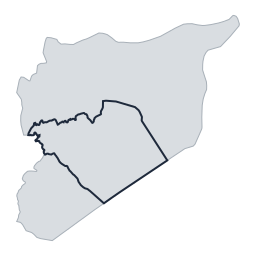 where Homs (Hims) sits in Syria
{"feature_id": "SYR-139", "entity_name": "Homs (Hims)", "entity_type": "Province", "adm_level": 1, "iso_a3": "SYR", "parent_name": "Syria", "parent_adm1": "", "projection": "equal_earth", "projection_center": [37.187, 34.261], "detail": "fine", "context": "in_parent", "style": "outline", "palette": "slate", "viewbox_px": 256, "rotation_deg": 0, "n_neighbors": 0, "source": "natural_earth", "source_scale": "10m", "svg_char_len": 6518}
<svg xmlns="http://www.w3.org/2000/svg" viewBox="0 0 256 256"><path d="M21.1,77.0L23.7,77.3L29.1,80.9L30.0,80.8L31.6,76.1L33.2,74.5L36.6,73.1L37.5,65.6L39.1,64.2L41.0,63.4L43.9,63.3L46.4,62.8L46.6,61.5L43.1,52.8L43.4,50.6L45.1,41.9L46.2,38.5L47.2,37.4L51.2,37.8L56.8,39.4L58.2,41.9L61.0,44.1L65.0,43.9L69.8,44.4L73.5,44.5L76.4,42.9L83.0,40.0L86.3,39.0L89.3,37.7L98.9,33.0L102.8,33.3L105.4,34.0L107.4,34.7L112.0,38.0L115.8,41.3L118.4,42.3L123.1,42.2L129.9,42.8L138.3,42.8L143.2,41.9L149.4,40.2L160.5,36.3L175.1,28.2L183.6,24.2L187.3,23.8L192.1,23.7L197.0,24.8L202.5,25.5L205.0,25.4L210.9,24.6L218.5,23.0L223.3,21.6L229.1,19.4L232.7,15.7L233.8,15.4L235.4,16.0L236.1,16.3L237.6,18.4L239.3,23.8L239.3,24.4L239.0,25.9L235.3,30.3L230.3,36.3L226.7,40.1L220.5,46.6L215.9,47.9L208.0,50.2L206.0,52.5L204.1,56.1L203.0,61.1L202.7,64.2L202.6,70.0L204.5,76.0L206.4,81.8L206.7,85.7L206.6,89.5L204.9,93.5L203.2,99.0L202.2,105.3L201.8,117.1L202.0,127.1L201.8,128.8L198.7,135.9L195.0,144.2L193.2,146.1L184.9,148.6L175.8,154.7L165.6,161.5L156.3,167.7L146.6,174.2L136.5,181.0L129.3,185.8L119.6,192.3L110.7,198.5L101.8,204.8L95.0,209.5L84.6,217.1L78.5,221.5L69.5,228.1L61.6,233.8L52.3,240.6L40.6,238.6L36.9,237.4L33.8,234.2L31.6,232.5L26.1,230.7L22.6,224.6L20.5,222.4L16.7,221.5L18.4,217.6L18.7,215.0L20.3,211.9L19.3,209.8L18.8,205.4L18.1,204.4L17.9,203.2L18.4,201.8L18.2,200.4L17.6,199.8L17.3,197.6L16.8,196.0L17.1,194.0L17.9,192.8L18.8,190.3L19.7,189.6L21.3,188.0L21.7,186.4L23.1,184.9L25.0,183.6L25.4,182.6L25.2,182.0L23.3,180.8L22.3,178.8L23.2,175.9L23.8,174.9L25.0,173.5L27.5,171.3L29.5,171.0L31.2,171.0L34.0,171.2L36.3,171.5L36.8,171.0L36.8,170.3L34.0,168.5L33.9,167.1L34.6,165.6L36.5,163.2L38.8,161.4L40.0,161.1L42.7,157.6L44.4,153.6L41.7,144.0L40.0,142.5L37.3,141.2L35.7,141.0L35.6,140.4L37.8,137.9L39.3,135.8L37.6,133.8L34.6,132.9L33.5,134.9L29.6,135.1L23.7,135.1L21.1,125.0L20.7,120.7L20.8,115.6L22.7,108.2L21.8,104.8L21.8,102.5L21.3,99.3L16.7,92.6L19.3,80.1L21.1,77.0Z" fill="#d9dde1" stroke="#a8b0b8" stroke-width="1"/><path d="M37.8,135.4L37.0,135.1L36.4,134.4L35.6,132.8L35.0,132.5L34.3,133.0L34.2,133.4L34.2,134.2L34.1,134.7L33.8,135.0L33.4,135.2L31.4,135.3L31.1,135.2L30.7,134.9L30.4,134.9L30.0,135.2L29.8,135.2L28.3,135.1L28.4,134.6L28.5,133.7L28.5,133.4L30.9,128.8L31.7,127.6L31.8,127.5L32.1,127.4L32.3,127.2L32.9,126.4L33.7,125.6L33.9,125.4L33.9,125.2L33.9,124.9L33.9,124.5L33.9,124.3L33.9,124.1L34.0,123.7L34.1,123.4L34.3,123.1L34.6,123.0L35.2,122.8L35.5,123.2L35.5,123.4L35.4,123.4L35.3,123.5L35.1,123.8L35.1,124.0L35.3,124.1L35.6,124.3L35.9,124.8L36.0,125.0L36.3,125.1L36.8,124.4L37.0,124.2L37.3,124.2L37.5,124.3L37.8,124.8L38.8,125.0L39.0,125.0L39.2,124.8L39.5,124.5L39.5,124.4L39.5,123.9L39.6,123.7L39.8,123.4L39.9,123.1L39.9,122.8L39.9,122.5L40.7,121.5L41.0,121.0L41.3,120.6L41.8,120.4L42.0,120.4L42.1,120.5L42.3,120.6L42.4,120.8L42.4,121.0L42.1,121.3L42.1,121.5L42.5,121.8L42.8,122.0L42.8,122.3L43.0,122.6L43.3,122.7L43.5,122.8L43.7,122.7L43.8,122.7L44.2,122.4L45.0,122.2L46.7,122.3L49.4,120.8L49.7,120.7L49.8,120.7L50.0,120.7L50.3,120.6L50.5,120.6L51.8,120.6L52.4,120.0L52.6,119.9L52.8,119.9L53.1,119.9L53.3,119.9L53.9,119.4L54.1,119.4L54.3,119.3L54.7,119.4L55.1,119.5L55.6,120.0L55.8,120.2L55.8,120.3L56.9,122.6L57.7,124.6L58.4,124.4L58.6,124.2L60.3,122.7L60.6,122.6L60.9,122.5L61.4,122.4L61.6,122.4L62.1,121.8L62.2,121.7L62.3,121.6L62.5,121.6L62.9,121.8L63.0,121.9L63.3,122.0L63.6,122.2L63.7,121.9L63.9,121.7L64.1,121.5L64.9,120.9L65.1,120.8L65.3,120.8L65.5,120.9L65.6,121.0L65.8,121.2L65.9,121.3L66.0,121.7L66.1,121.9L66.2,122.1L66.3,122.1L66.7,122.3L67.1,122.4L67.3,122.4L67.5,122.2L67.8,122.0L67.9,121.7L68.0,121.2L68.3,120.7L68.5,120.2L68.6,119.9L68.8,119.8L69.3,119.8L69.8,119.9L70.0,119.9L70.0,119.7L70.1,119.4L70.2,119.1L70.4,119.1L70.5,119.0L70.9,119.3L71.2,119.4L71.5,119.5L71.7,119.4L72.0,119.3L72.3,119.1L72.5,118.9L73.2,118.9L73.4,118.9L73.6,118.9L74.0,118.9L74.3,119.0L74.5,119.1L74.8,119.7L74.9,119.8L75.0,119.9L75.1,120.0L75.4,120.0L75.5,120.0L75.7,119.9L75.8,119.8L75.8,119.7L75.8,119.4L75.8,119.2L75.6,118.7L75.6,117.3L75.7,116.7L75.9,116.2L76.1,116.0L76.3,115.8L77.0,115.4L78.0,114.6L78.3,114.5L78.4,114.4L78.7,114.4L78.9,114.4L79.4,114.3L80.9,113.7L83.8,113.0L84.0,113.0L84.3,113.2L84.5,113.4L84.9,113.9L85.1,114.0L85.3,114.1L85.5,114.2L86.2,114.2L86.3,114.2L86.5,114.3L86.7,114.6L86.8,114.8L86.9,115.0L87.0,115.2L87.0,115.3L87.2,115.5L87.3,115.7L87.5,116.3L87.5,116.6L87.5,117.0L87.6,117.6L87.7,117.8L87.8,117.9L88.1,118.2L88.3,118.4L90.2,120.1L90.5,120.4L90.8,120.9L92.1,122.7L92.3,122.9L92.5,122.9L92.8,122.7L93.4,122.0L93.5,121.9L93.6,121.6L93.7,121.4L93.8,121.2L93.8,120.9L93.8,120.7L93.8,120.2L94.0,119.7L94.2,119.3L94.2,119.2L94.4,118.9L94.5,118.8L94.5,118.7L94.5,118.3L94.5,118.2L95.6,117.1L96.2,116.6L100.7,114.4L100.9,114.2L101.0,114.0L100.8,112.5L100.8,112.1L100.9,111.7L101.0,111.4L101.1,110.9L101.3,110.6L102.1,109.2L102.4,108.6L102.8,107.6L102.9,106.9L103.0,101.9L103.0,101.1L106.0,100.7L116.0,101.5L135.0,107.1L138.5,110.1L139.5,111.6L141.8,116.6L141.9,117.0L141.9,117.4L141.7,120.0L141.7,120.5L141.9,120.9L142.0,121.2L147.7,130.0L167.3,160.4L119.6,192.3L111.2,198.1L103.9,203.3L89.8,190.8L88.8,190.1L87.9,189.3L87.7,189.2L87.4,189.0L87.2,188.9L86.7,188.8L86.3,188.7L85.0,188.3L84.5,188.1L84.2,187.8L83.2,187.2L80.9,185.2L78.5,181.7L78.4,181.1L78.2,180.8L78.0,180.1L77.9,179.7L77.6,178.9L77.4,178.5L74.1,175.0L73.7,174.8L73.1,174.4L70.4,171.3L69.9,170.9L69.6,170.7L67.8,167.5L67.7,167.2L67.5,166.6L67.4,166.5L67.4,166.4L67.2,166.2L66.5,165.9L65.8,166.0L65.5,166.0L65.3,166.0L64.9,165.8L61.6,163.7L61.4,163.5L61.0,163.2L59.8,162.1L59.7,161.7L59.3,161.4L59.2,161.2L59.1,160.9L58.8,160.3L58.7,160.1L58.5,159.7L58.4,159.6L58.2,159.2L57.7,158.3L57.5,157.9L57.3,157.6L56.7,156.9L56.2,156.0L55.7,155.5L54.9,154.4L54.8,154.2L54.4,153.5L54.2,153.3L53.8,153.3L52.7,153.7L51.5,154.4L51.4,154.5L51.1,154.5L48.7,154.1L48.1,153.7L47.9,153.7L47.1,153.7L46.6,153.8L45.8,154.4L45.1,154.6L44.9,154.1L44.0,153.2L43.8,152.6L43.7,151.7L43.9,151.1L44.3,150.6L44.3,150.0L44.2,149.7L43.9,149.6L43.7,149.7L43.4,149.5L43.1,149.1L42.3,148.0L42.2,147.6L42.1,147.2L42.1,146.9L42.2,146.6L42.3,146.4L42.4,146.1L42.6,145.4L42.6,144.9L42.4,144.5L41.9,144.0L41.6,144.1L41.4,143.9L40.9,143.3L40.3,143.0L39.8,142.6L39.5,142.0L39.3,141.2L38.8,141.0L37.9,141.0L36.9,141.0L36.1,141.3L35.9,141.3L35.8,141.2L35.4,140.3L36.0,139.7L36.9,139.1L37.6,138.5L37.7,137.8L37.7,137.1L37.8,136.6L38.3,136.3L38.8,136.4L39.1,136.7L39.4,136.5L39.5,135.1L38.7,135.4L37.8,135.4Z" fill="none" stroke="#1e293b" stroke-width="2"/></svg>